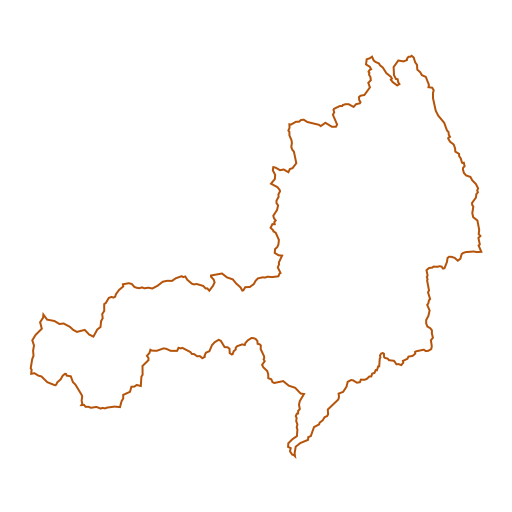 Bolognesi, Áncash, Peru (Albers equal-area conic projection)
{"feature_id": "86281439B24717538266370", "entity_name": "Bolognesi", "entity_type": "district", "adm_level": 2, "iso_a3": "PER", "parent_name": "Peru", "parent_adm1": "Áncash", "projection": "albers", "projection_center": [-77.196, -10.093], "detail": "fine", "context": "isolated", "style": "outline", "palette": "amber", "viewbox_px": 512, "rotation_deg": 0, "n_neighbors": 0, "source": "geoboundaries", "source_scale": "gbopen_adm2", "svg_char_len": 6022}
<svg xmlns="http://www.w3.org/2000/svg" viewBox="0 0 512 512"><path d="M81.4,405.1L84.0,404.9L85.6,406.8L88.5,406.8L91.0,407.8L96.4,406.9L100.7,408.6L102.4,407.9L105.1,408.4L107.1,407.6L114.6,406.6L120.0,407.1L121.6,401.1L123.2,398.5L123.2,394.9L130.0,391.8L131.4,386.8L134.3,386.6L136.7,385.0L140.8,386.0L141.4,376.6L142.6,374.8L142.5,366.0L148.5,360.1L148.4,357.8L146.9,355.8L149.4,353.1L150.4,349.8L151.8,350.6L156.7,350.8L163.6,348.4L166.3,348.8L170.5,350.8L176.4,350.9L177.2,350.8L178.5,347.8L180.7,348.4L182.4,347.9L190.5,352.1L191.8,353.9L194.1,354.1L197.2,356.3L199.8,356.1L202.4,358.2L204.8,356.8L204.6,355.6L205.9,352.7L209.4,351.2L212.0,345.1L214.8,342.1L218.7,339.8L220.8,340.8L224.6,347.1L227.7,347.3L229.5,348.8L229.7,353.1L231.8,354.5L232.6,354.2L233.7,351.2L235.7,349.5L235.7,347.9L237.1,346.2L242.2,344.4L244.8,345.0L245.3,343.2L247.7,340.4L251.5,338.0L253.2,338.1L255.6,338.9L257.4,341.1L257.6,343.8L259.7,344.3L260.8,345.4L260.7,349.2L263.9,355.9L264.3,357.8L263.6,359.3L264.7,361.2L262.1,364.8L263.3,367.3L267.2,371.0L268.2,374.2L268.3,378.2L271.3,379.3L272.5,382.1L274.2,383.0L283.2,381.1L288.8,385.7L295.2,387.8L300.6,393.5L304.0,394.0L299.8,401.1L299.0,404.7L299.8,409.1L298.2,410.8L298.1,413.5L296.8,413.7L295.8,416.1L296.6,417.9L296.2,421.1L297.4,424.4L296.7,427.4L297.4,429.6L296.9,436.1L292.3,439.3L288.3,443.3L288.1,446.9L290.7,448.1L290.0,451.4L292.2,454.6L293.9,455.1L295.0,456.2L294.6,453.4L295.7,446.7L300.4,443.0L308.1,439.8L308.2,437.2L310.8,436.1L314.0,427.1L319.1,424.4L319.6,422.7L322.7,420.3L324.5,417.3L327.2,416.0L328.1,414.3L327.8,409.5L338.3,399.5L339.0,396.8L338.6,393.6L343.1,391.9L346.5,386.7L347.7,381.8L351.2,380.0L353.2,380.4L356.9,382.7L359.9,382.2L360.9,379.6L364.4,379.8L366.7,379.0L369.3,376.5L371.3,376.4L372.2,373.6L374.5,372.9L375.7,370.1L376.9,370.3L378.2,366.4L379.2,366.3L379.7,359.0L380.4,357.4L380.0,355.4L381.1,353.7L382.7,353.0L383.9,353.7L384.1,357.1L384.8,357.9L387.6,358.6L389.0,360.2L394.0,360.8L396.5,364.3L398.6,364.1L401.3,365.1L403.3,362.6L402.9,360.9L407.4,358.8L408.5,356.6L412.6,355.9L415.2,353.7L415.1,351.9L416.1,351.3L423.8,349.7L425.8,351.1L428.3,350.8L431.2,349.1L431.8,346.4L430.9,340.3L432.9,337.7L431.9,333.5L431.9,330.4L430.4,328.3L427.4,326.5L426.2,323.6L426.2,320.0L428.4,315.9L429.6,310.5L427.2,304.9L428.3,303.4L429.0,300.2L430.1,299.1L428.0,292.2L429.0,290.5L427.1,280.4L427.6,279.3L426.8,277.0L427.6,275.6L426.5,270.2L429.0,268.0L432.4,267.6L433.4,266.6L437.4,266.8L439.6,266.2L441.6,266.6L443.0,268.6L444.5,268.2L447.0,261.8L447.5,258.1L448.9,256.8L451.4,256.8L454.7,257.9L457.8,260.7L460.4,258.7L461.7,254.0L463.1,253.0L465.7,252.1L473.8,251.5L476.8,252.1L481.3,251.8L478.6,245.5L479.8,244.4L478.4,237.9L480.4,236.0L478.7,234.1L479.2,229.9L477.4,220.5L473.2,217.2L472.3,213.2L473.3,206.6L472.2,204.9L472.0,203.0L476.0,197.4L476.3,194.2L477.9,192.3L477.2,190.5L478.1,188.4L475.9,184.0L472.3,180.4L470.4,176.9L466.0,175.4L463.9,172.9L462.9,169.4L463.2,167.6L464.6,166.2L463.8,162.7L462.4,163.0L461.9,162.4L460.8,158.5L459.1,156.0L459.1,153.9L455.3,151.6L455.1,148.4L453.7,144.5L450.0,141.7L448.2,138.5L448.4,137.7L450.0,136.8L448.8,134.8L448.5,132.0L447.0,130.5L444.2,122.8L438.2,115.6L435.7,110.6L433.0,98.2L433.0,92.8L433.7,90.3L432.2,87.7L428.5,87.2L428.9,84.8L425.8,76.9L421.8,75.1L420.3,72.3L417.3,69.6L417.0,64.8L415.2,62.4L413.7,57.5L411.6,55.8L410.5,56.7L408.5,56.8L407.1,58.5L406.9,60.1L403.4,61.4L398.3,60.5L393.6,67.1L394.0,75.2L396.0,79.0L397.6,79.2L398.3,82.4L399.4,84.1L397.2,85.4L392.9,82.3L390.8,79.7L391.9,78.6L390.8,76.7L386.4,73.2L382.8,67.5L380.1,65.4L378.9,63.4L375.6,62.0L373.7,60.5L372.0,56.7L369.7,58.3L366.7,59.3L366.0,64.4L369.7,66.7L371.1,69.2L369.6,70.0L368.5,71.8L369.4,72.9L369.0,74.5L370.5,77.3L370.7,79.4L370.8,80.3L368.3,82.8L369.9,87.4L364.4,95.0L360.6,95.7L359.0,97.0L359.2,100.1L360.5,102.1L359.9,103.3L356.0,104.2L353.6,106.9L348.6,104.2L345.5,104.2L342.7,105.1L342.2,106.0L339.6,106.1L333.9,108.9L333.5,109.8L334.2,112.3L332.9,114.7L337.1,124.6L336.0,126.7L332.0,126.8L325.4,122.8L320.7,126.1L319.0,124.8L307.3,122.0L303.7,119.7L301.0,120.0L299.0,121.7L295.9,121.8L290.9,124.6L289.4,124.3L289.5,127.8L288.4,130.6L289.4,132.0L289.4,135.3L291.5,140.2L291.9,142.8L291.3,147.1L292.4,149.9L293.9,151.6L296.3,163.2L292.5,168.2L289.9,169.0L288.4,172.2L283.7,169.5L280.0,170.2L275.7,167.7L273.3,167.1L272.8,170.3L275.2,174.9L274.8,179.1L271.0,183.7L277.5,187.2L279.7,190.0L280.0,191.4L278.4,194.4L278.6,196.9L276.5,200.6L276.5,203.1L278.1,205.4L277.0,210.1L273.3,215.7L273.9,218.1L275.7,220.5L274.3,222.0L274.7,224.2L272.4,224.1L270.6,227.8L273.3,230.4L273.4,231.4L275.7,232.7L278.9,239.9L278.4,244.6L277.2,247.2L275.1,249.0L274.7,252.9L278.6,255.3L282.1,255.6L278.9,262.4L279.0,264.4L277.8,267.4L280.5,273.0L279.5,273.6L278.4,276.3L272.1,277.1L267.6,276.7L265.0,277.6L262.8,277.3L257.9,278.4L255.5,280.9L253.8,284.1L249.8,287.0L245.2,287.2L243.4,290.3L242.3,290.6L240.6,287.5L235.9,283.2L232.8,279.4L227.0,277.4L222.0,273.5L211.0,275.5L211.0,276.7L213.7,279.6L214.6,282.4L213.0,285.8L209.3,290.7L207.3,288.4L205.7,288.5L203.2,285.9L196.6,284.0L193.9,284.4L191.9,283.7L187.3,279.8L185.3,276.5L183.1,277.1L181.6,276.2L175.7,278.3L172.0,280.9L167.2,280.8L162.8,281.7L157.5,285.8L152.3,288.5L148.3,287.7L144.4,288.3L142.0,287.4L139.4,288.2L137.1,287.9L134.4,287.0L131.8,284.0L128.8,283.2L122.9,284.3L123.3,286.4L119.1,289.9L115.9,294.2L115.2,296.7L113.3,297.6L111.6,296.9L108.8,297.9L105.9,302.9L104.2,304.1L104.2,311.0L102.2,314.1L102.7,318.3L101.1,321.1L100.5,327.0L97.3,329.5L93.4,336.6L89.2,334.6L84.7,329.9L76.9,331.9L73.1,329.8L70.0,326.9L63.6,323.5L59.5,324.0L54.4,321.0L47.1,319.6L43.4,314.6L43.1,317.7L40.1,322.2L41.8,328.7L35.5,335.0L32.3,340.3L34.0,345.5L33.1,350.6L33.5,355.8L32.2,359.1L30.7,368.3L31.6,369.7L31.2,373.8L34.4,373.2L38.5,375.7L41.4,376.4L47.3,382.2L55.1,385.3L56.2,384.7L57.3,382.3L60.7,379.3L62.7,375.7L65.0,373.8L66.1,374.0L66.6,375.6L70.8,376.3L72.9,382.1L75.4,384.6L81.6,394.8L82.2,396.5L81.6,400.7L82.3,403.6L81.4,405.1Z" fill="none" stroke="#b45309" stroke-width="2"/></svg>